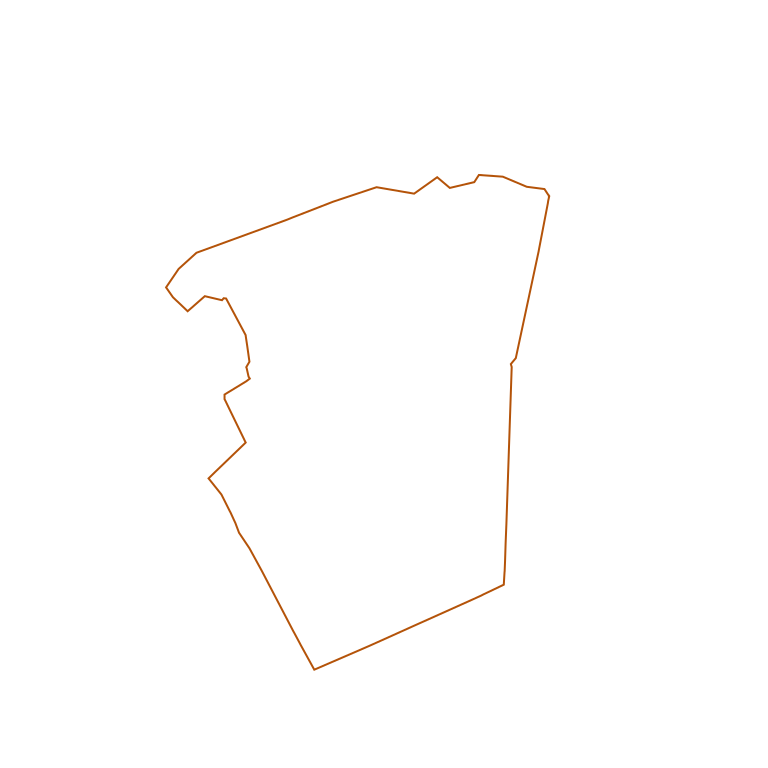 outline of Wake, North Carolina, United States of America, rotated 315°
{"feature_id": "52423323B47689495133402", "entity_name": "Wake", "entity_type": "district", "adm_level": 2, "iso_a3": "USA", "parent_name": "United States of America", "parent_adm1": "North Carolina", "projection": "robinson", "projection_center": [-78.683, 35.798], "detail": "fine", "context": "isolated", "style": "outline", "palette": "amber", "viewbox_px": 768, "rotation_deg": 315, "n_neighbors": 0, "source": "geoboundaries", "source_scale": "gbopen_adm2", "svg_char_len": 1222}
<svg xmlns="http://www.w3.org/2000/svg" viewBox="0 0 768 768"><g transform="rotate(315 384 384)"><path d="M187.2,558.3L188.2,558.7L233.3,575.8L239.6,578.2L295.3,599.4L302.0,601.9L303.0,602.3L305.3,603.0L326.8,610.6L336.5,602.0L336.7,601.9L344.4,594.8L357.4,582.6L371.7,569.4L486.3,462.3L487.8,459.6L495.5,458.9L587.2,399.5L587.9,399.0L627.6,372.1L629.6,370.6L633.7,368.0L633.8,367.5L633.7,367.5L633.8,367.4L633.9,366.4L635.3,359.6L624.4,345.5L614.6,321.4L598.9,303.3L590.6,305.1L569.2,291.9L567.8,275.4L539.9,270.7L517.9,239.6L476.9,219.1L436.9,201.5L431.9,199.4L344.2,158.6L320.2,157.4L298.2,161.6L296.1,173.4L296.2,178.3L296.3,180.3L296.6,193.7L319.4,195.2L328.7,210.2L331.3,210.0L332.8,211.9L320.7,251.7L320.3,252.1L314.1,260.5L304.6,273.1L298.5,274.7L298.4,274.9L298.2,275.4L298.1,275.6L297.9,276.0L293.7,282.6L293.4,283.1L293.3,283.6L293.1,284.6L292.9,285.3L288.6,284.7L263.8,278.7L260.5,282.0L260.2,283.1L255.4,296.9L245.9,324.4L245.8,324.6L244.8,327.6L243.6,327.6L202.5,326.8L193.2,326.7L190.9,347.2L184.9,365.3L184.7,366.1L181.8,373.9L180.6,377.2L176.3,386.7L172.7,405.0L165.4,429.9L144.9,495.2L144.8,495.7L140.9,508.6L140.8,508.8L132.7,536.7L187.2,558.3Z" fill="none" stroke="#b45309" stroke-width="2"/></g></svg>